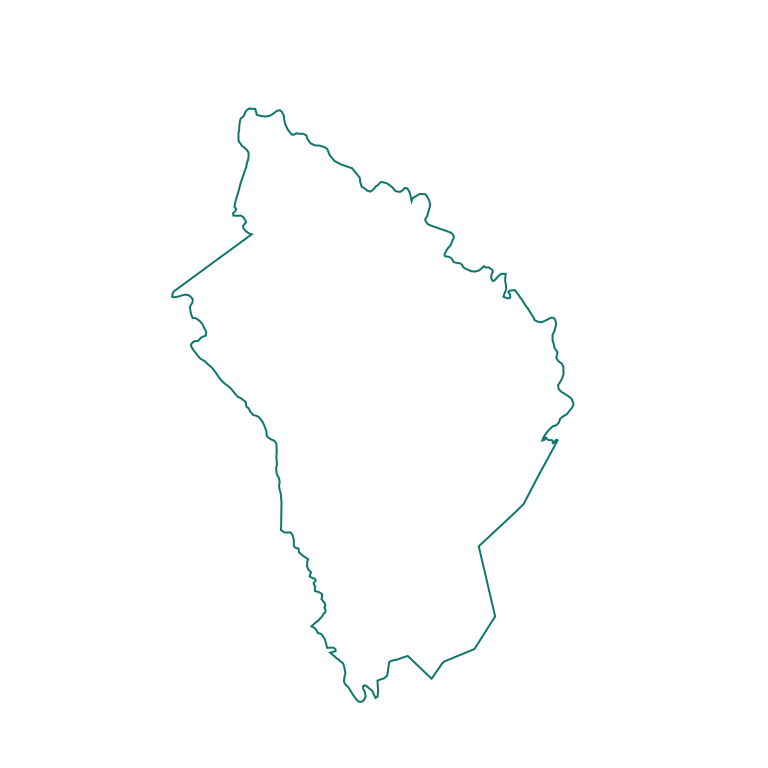 Cosautlán de Carvajal, Veracruz, Mexico (orthographic projection), rotated 255°
{"feature_id": "50627088B10662501501563", "entity_name": "Cosautlán de Carvajal", "entity_type": "district", "adm_level": 2, "iso_a3": "MEX", "parent_name": "Mexico", "parent_adm1": "Veracruz", "projection": "orthographic", "projection_center": [-96.973, 19.329], "detail": "fine", "context": "isolated", "style": "outline", "palette": "teal", "viewbox_px": 768, "rotation_deg": 255, "n_neighbors": 0, "source": "geoboundaries", "source_scale": "gbopen_adm2", "svg_char_len": 6135}
<svg xmlns="http://www.w3.org/2000/svg" viewBox="0 0 768 768"><g transform="rotate(255 384 384)"><path d="M678.7,317.4L678.4,316.0L677.1,314.0L674.6,312.6L670.6,311.0L666.5,309.7L663.9,308.3L660.8,307.5L658.1,306.9L656.0,306.4L653.5,307.6L650.5,308.5L648.8,310.1L645.5,312.2L642.6,313.0L640.1,312.5L636.8,311.3L632.7,308.7L630.0,307.5L615.3,297.6L606.8,292.8L599.9,288.4L593.8,285.3L591.2,286.6L589.2,284.8L588.0,282.4L585.7,282.1L584.4,286.0L583.9,288.9L582.1,291.0L578.7,292.2L576.1,292.7L574.3,290.3L573.0,288.6L570.9,288.5L567.6,290.0L565.3,291.8L564.1,293.0L562.8,294.9L546.8,253.6L534.1,221.1L527.9,205.1L527.0,203.9L525.8,203.1L523.3,201.9L522.1,203.2L521.8,207.0L521.7,209.2L521.9,212.0L521.7,215.4L520.4,218.2L518.4,219.8L515.3,221.2L512.3,220.1L511.0,218.7L508.7,216.4L501.8,215.7L497.2,216.2L496.4,219.1L493.0,222.0L489.1,224.0L483.9,225.0L480.4,225.8L476.9,224.3L476.3,219.6L474.9,217.4L473.8,215.7L473.9,214.1L474.4,212.0L473.5,209.5L471.9,207.7L469.7,207.6L466.9,208.4L462.2,210.3L459.5,211.5L456.2,213.1L454.1,215.1L451.7,217.3L449.2,218.6L443.8,222.3L437.8,224.7L433.2,226.2L429.0,228.1L424.8,230.8L422.3,233.0L418.8,235.2L413.6,237.4L409.3,239.6L407.4,242.0L404.8,244.0L402.3,245.8L400.0,245.3L397.7,245.3L395.3,247.1L391.7,247.7L387.9,249.6L386.6,252.1L384.6,254.5L380.6,256.2L378.1,257.1L374.0,257.7L368.9,258.2L365.7,257.6L364.1,257.3L361.8,258.7L359.2,261.2L357.5,263.5L354.3,264.6L347.0,263.0L340.8,261.0L334.2,259.8L330.3,258.0L326.3,257.3L324.8,257.1L319.8,258.2L316.5,257.9L313.3,256.5L310.6,255.9L305.0,255.9L296.8,254.5L272.0,247.5L269.8,246.5L266.5,249.3L265.8,251.2L265.3,253.5L264.9,255.2L261.4,256.7L259.7,256.6L256.0,256.5L253.4,255.6L252.7,255.4L251.4,255.0L249.8,255.4L248.0,256.8L247.9,257.9L247.0,258.8L244.9,258.6L243.3,258.3L242.3,259.0L239.8,260.7L234.4,265.3L232.2,263.9L230.1,263.3L228.0,262.4L226.0,262.8L224.5,262.7L222.9,263.8L221.0,264.8L219.0,263.3L217.3,262.4L214.8,265.0L214.2,266.5L212.8,267.1L211.9,267.2L210.9,266.0L210.0,264.5L208.1,264.5L206.3,265.1L205.5,264.9L203.8,264.0L201.8,263.8L200.1,267.0L197.2,269.8L194.0,268.9L192.7,267.9L190.9,268.6L187.5,270.0L184.9,269.9L183.7,268.6L181.1,269.0L179.0,268.5L178.2,267.3L177.7,266.0L176.2,264.9L174.5,262.5L173.7,261.1L172.7,259.7L171.8,257.4L171.1,256.0L170.5,254.6L168.7,251.2L167.4,252.6L166.1,253.7L164.7,254.7L162.6,255.3L160.8,255.6L159.5,257.5L158.2,259.0L155.8,259.8L152.5,260.9L146.6,260.8L143.8,260.8L143.5,262.2L143.3,263.7L142.6,266.1L142.4,266.9L141.5,267.7L140.3,268.5L138.5,268.1L138.3,262.5L136.3,264.0L134.8,265.0L134.2,265.5L133.4,265.9L131.7,267.1L130.7,267.7L129.9,268.6L129.0,269.2L128.1,269.6L127.2,270.2L126.5,270.9L125.7,271.6L124.8,272.0L123.8,272.3L122.9,272.3L121.8,272.4L120.8,272.3L119.8,272.2L118.8,272.2L117.8,272.1L116.8,272.1L114.8,271.9L113.8,271.4L112.9,270.9L111.1,269.9L110.5,269.6L109.2,269.2L107.8,268.5L106.4,268.3L103.2,269.1L100.8,270.9L97.0,272.1L93.7,273.0L90.5,274.1L85.5,276.1L84.1,277.1L83.0,278.8L83.0,280.9L83.7,282.6L85.3,284.1L86.5,285.0L87.2,285.4L91.6,285.8L94.7,285.0L97.3,285.4L98.1,287.2L96.8,289.0L94.9,290.1L93.1,291.5L91.0,293.1L88.4,293.5L83.0,294.6L83.6,296.8L86.7,298.0L91.2,299.4L94.6,299.9L99.1,300.9L99.4,302.6L99.7,307.9L101.3,311.5L101.5,311.6L104.2,312.8L108.0,314.4L110.6,315.6L114.0,317.0L114.2,317.8L114.4,318.3L114.7,319.2L114.6,319.7L114.7,323.2L114.5,323.8L114.4,323.9L115.2,336.5L87.0,353.7L97.1,365.7L98.7,367.3L100.4,370.5L100.7,373.1L104.6,402.8L117.7,417.0L130.7,431.2L167.7,432.4L202.7,433.5L214.9,456.5L225.4,476.3L231.9,487.8L256.2,510.1L270.8,524.0L284.8,537.2L285.4,536.6L285.5,535.9L285.2,535.2L284.6,534.4L283.8,533.7L283.3,533.0L283.0,532.3L283.1,531.8L283.8,531.7L284.6,532.1L285.4,532.1L286.1,531.8L286.5,531.5L286.7,530.4L286.9,529.4L287.3,528.4L287.8,527.8L288.7,527.4L290.5,526.4L290.6,525.8L289.8,525.4L289.0,525.1L288.6,524.6L288.5,523.8L288.5,522.3L291.9,524.9L294.8,528.3L297.8,532.7L299.7,536.8L299.4,539.4L301.5,543.0L304.8,545.1L306.1,547.8L306.8,550.0L307.6,553.1L309.2,555.1L310.9,557.3L312.5,559.5L315.0,561.7L317.9,561.8L321.7,561.2L325.1,558.4L330.6,553.2L334.0,551.4L337.9,551.9L339.5,553.7L341.5,555.9L343.9,557.9L347.2,560.0L350.1,560.7L351.5,561.0L354.3,561.7L357.4,561.2L360.6,558.6L364.4,557.1L369.8,559.8L374.3,558.1L378.6,558.3L382.2,558.1L387.6,559.4L391.5,562.7L394.2,564.0L395.6,565.1L397.7,565.7L400.9,566.1L404.0,565.0L404.8,562.6L403.5,556.3L402.9,552.4L403.5,550.2L404.8,548.2L407.0,545.9L409.6,545.7L413.7,544.2L420.2,542.4L422.3,541.3L426.0,540.2L428.7,539.4L430.2,539.1L431.7,538.0L434.0,537.5L436.2,536.6L440.9,534.6L441.2,532.4L441.6,529.2L440.8,527.9L437.2,528.9L434.7,528.2L434.6,525.8L435.6,524.3L437.4,521.9L439.8,523.5L442.8,525.7L444.7,526.8L446.3,527.0L448.1,527.5L450.6,527.5L454.1,528.2L458.9,530.1L460.1,525.8L458.8,522.9L457.4,520.4L455.6,517.9L455.3,515.7L458.7,514.9L461.7,516.1L464.6,518.3L466.6,517.9L468.0,516.6L469.6,515.2L470.1,512.4L472.0,511.0L470.8,508.8L470.0,507.2L469.1,505.2L469.0,501.4L470.3,497.5L474.5,492.3L476.5,490.7L479.1,490.3L481.0,488.5L481.9,486.2L483.6,482.9L488.2,481.6L490.2,479.4L491.5,476.1L493.6,475.9L497.9,480.0L499.1,481.6L500.2,483.8L505.5,487.7L506.3,488.7L508.7,489.7L511.1,488.9L511.5,488.6L512.9,487.8L525.6,469.3L527.4,467.5L531.2,466.2L532.9,466.8L534.8,469.0L538.7,471.3L540.9,472.6L542.4,473.6L544.9,474.9L546.4,475.0L549.5,475.2L555.6,473.7L556.7,472.9L558.3,467.6L556.4,460.9L556.2,459.8L553.6,458.0L559.6,458.4L563.5,458.2L567.0,457.0L568.0,455.0L566.3,452.2L565.4,449.3L566.4,446.7L567.7,444.8L571.5,443.1L574.3,441.2L577.3,438.5L579.8,434.1L579.5,432.3L577.7,429.6L576.9,427.0L575.1,424.8L574.0,422.6L573.4,420.6L575.0,417.9L577.6,416.2L580.3,413.5L584.9,413.3L589.5,414.0L600.7,409.0L604.5,403.3L607.7,398.7L612.4,393.8L619.2,390.7L625.6,390.0L628.2,387.9L630.9,383.4L632.6,378.6L635.8,375.1L640.7,373.4L644.3,373.4L646.7,370.5L647.5,367.1L648.8,364.3L648.1,361.1L649.0,359.3L654.7,356.9L660.2,355.9L664.8,356.0L669.1,356.7L673.3,355.8L675.4,354.2L675.5,351.2L673.7,346.8L672.8,344.0L672.9,339.1L674.8,334.3L677.0,330.8L683.0,330.8L685.0,324.7L683.5,321.5L682.0,320.0L680.3,318.8L678.7,317.4Z" fill="none" stroke="#0f766e" stroke-width="2"/></g></svg>